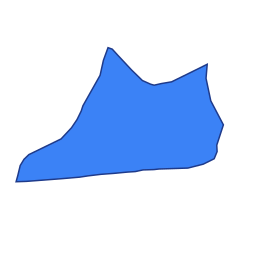 outline of San Andrés Xecul, Totonicapán, Guatemala, rotated 287°
{"feature_id": "79465075B53537343705712", "entity_name": "San Andrés Xecul", "entity_type": "district", "adm_level": 2, "iso_a3": "GTM", "parent_name": "Guatemala", "parent_adm1": "Totonicapán", "projection": "albers", "projection_center": [-91.498, 14.912], "detail": "fine", "context": "isolated", "style": "filled", "palette": "blue", "viewbox_px": 256, "rotation_deg": 287, "n_neighbors": 0, "source": "geoboundaries", "source_scale": "gbopen_adm2", "svg_char_len": 652}
<svg xmlns="http://www.w3.org/2000/svg" viewBox="0 0 256 256"><g transform="rotate(287 128 128)"><path d="M131.5,220.1L137.6,217.9L158.9,218.3L178.2,199.2L198.3,188.1L212.1,185.1L201.9,174.3L184.9,156.2L180.3,147.0L176.6,140.5L176.5,136.9L177.6,127.9L184.5,114.5L194.8,96.6L198.8,89.9L199.0,85.4L185.5,84.7L170.2,85.9L136.1,78.4L130.6,78.3L121.2,76.8L111.7,73.9L98.0,67.2L73.6,41.0L67.7,37.7L60.6,35.9L50.5,36.5L43.9,36.7L47.2,46.3L59.9,78.8L66.9,96.2L70.5,103.7L75.8,115.7L80.5,127.8L85.7,140.4L88.5,147.8L92.3,154.6L95.8,164.9L97.8,169.5L107.2,197.0L115.4,210.5L123.8,219.4L131.5,220.1Z" fill="#3b82f6" stroke="#1e3a8a" stroke-width="1.5"/></g></svg>